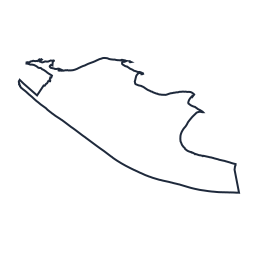 Santa Vitória do Palmar, Rio Grande do Sul, Brazil, rotated 80°
{"feature_id": "56859067B53044633061620", "entity_name": "Santa Vitória do Palmar", "entity_type": "district", "adm_level": 2, "iso_a3": "BRA", "parent_name": "Brazil", "parent_adm1": "Rio Grande do Sul", "projection": "robinson", "projection_center": [-53.104, -33.192], "detail": "fine", "context": "isolated", "style": "outline", "palette": "slate", "viewbox_px": 256, "rotation_deg": 80, "n_neighbors": 0, "source": "geoboundaries", "source_scale": "gbopen_adm2", "svg_char_len": 5701}
<svg xmlns="http://www.w3.org/2000/svg" viewBox="0 0 256 256"><g transform="rotate(80 128 128)"><path d="M61.8,226.3L62.4,226.7L62.9,227.3L63.5,227.5L64.8,227.5L65.4,227.3L65.9,227.7L66.4,227.7L67.3,226.9L68.3,227.1L69.0,226.6L69.6,226.4L70.2,226.0L70.6,225.5L71.2,225.1L73.6,222.9L75.3,221.5L76.2,220.9L76.7,220.4L77.4,220.0L78.4,219.1L80.8,217.1L84.0,214.7L84.8,214.0L85.4,213.6L85.8,213.2L87.1,212.0L89.5,210.0L94.1,205.5L94.5,205.2L96.1,204.1L97.0,203.3L98.6,201.9L99.1,201.4L100.7,200.0L101.0,199.6L101.5,199.2L102.5,198.2L103.4,197.4L104.5,196.2L107.1,193.4L107.6,192.9L108.2,192.3L108.5,191.9L110.9,189.6L117.6,183.4L118.0,182.9L120.9,180.1L127.5,174.0L128.4,173.1L130.2,171.3L130.9,170.8L131.3,170.3L132.7,169.0L134.5,167.3L139.9,162.2L143.1,159.1L146.5,155.7L153.1,149.6L153.6,149.0L154.6,148.2L156.3,146.5L158.4,144.3L161.6,140.7L164.8,136.8L167.9,132.7L170.6,129.0L171.0,128.3L171.7,127.4L172.0,126.9L174.1,124.0L174.9,122.7L177.4,119.1L178.7,116.9L179.4,115.8L180.0,114.6L181.3,112.4L184.4,106.2L184.9,104.9L185.9,102.7L188.3,96.8L189.0,95.3L189.4,94.3L190.1,92.9L191.5,89.6L192.1,88.3L192.6,87.0L193.1,86.1L194.3,83.7L197.1,78.1L198.2,75.8L199.5,72.8L201.3,68.3L202.1,66.0L202.6,64.4L204.2,59.6L205.3,55.9L205.5,55.0L206.2,52.5L206.9,49.9L207.6,46.5L208.8,40.5L209.1,39.2L209.3,37.9L209.5,37.0L209.6,36.3L210.0,34.6L210.5,32.5L210.6,31.8L211.0,29.9L187.5,30.3L186.6,30.0L184.1,29.2L183.7,28.7L182.2,28.3L181.4,30.2L180.5,32.1L179.6,33.7L177.9,37.2L177.6,37.9L177.3,38.3L176.4,40.6L175.8,42.0L175.5,42.8L175.2,43.4L175.0,43.9L174.5,44.7L172.8,48.5L172.4,49.1L172.0,50.1L171.6,50.8L170.9,52.8L170.5,53.6L169.7,55.6L168.5,58.5L168.7,59.1L168.3,59.4L168.1,60.1L167.4,61.6L167.3,62.3L166.9,63.1L166.3,64.2L165.9,64.8L165.7,65.5L165.3,65.9L165.4,66.6L164.8,67.0L164.5,67.4L164.0,67.9L163.8,68.4L163.4,68.7L163.4,69.3L163.1,69.8L162.7,69.9L162.4,70.7L162.0,71.5L161.7,72.0L161.3,72.6L160.7,73.5L160.2,73.9L159.3,74.8L158.9,75.0L158.4,75.5L157.4,75.7L156.7,76.3L156.2,76.7L155.6,76.9L155.0,77.3L153.8,77.8L151.8,78.2L151.4,78.3L150.1,78.6L148.7,78.4L148.0,78.4L144.9,77.7L143.6,77.2L142.5,76.6L140.9,75.6L138.8,73.8L137.7,72.6L136.6,71.2L135.9,70.5L134.7,69.4L132.7,67.9L130.6,65.6L128.4,63.0L127.2,61.3L125.6,58.9L125.2,58.4L124.8,57.7L124.6,57.0L124.5,55.8L124.4,55.0L124.5,54.4L124.7,53.6L125.4,51.9L125.5,51.3L124.9,51.7L122.9,53.9L122.5,54.6L122.1,55.0L121.4,56.0L121.1,56.3L120.3,56.9L119.9,57.4L119.3,58.0L118.9,58.3L118.7,58.8L118.0,60.1L117.0,61.6L116.6,62.1L115.9,62.8L115.4,63.3L114.9,63.7L114.4,64.2L113.7,64.3L113.3,64.2L112.2,63.7L111.2,63.1L109.9,62.0L108.6,60.5L108.7,59.9L108.0,59.4L108.5,59.2L107.4,58.0L106.9,57.4L106.5,57.0L105.6,57.6L104.7,58.5L104.2,59.0L103.9,59.4L103.4,60.3L103.1,61.3L102.7,63.6L102.3,64.6L102.0,66.5L101.7,67.4L101.6,68.7L101.6,69.2L101.5,69.7L101.3,71.2L101.5,72.3L101.5,73.0L101.3,73.7L101.3,74.5L101.3,75.2L101.3,76.2L101.2,76.7L101.3,77.9L101.3,78.4L101.3,79.2L101.2,79.8L101.4,81.5L101.8,83.8L101.9,85.1L101.8,85.7L101.6,86.5L101.5,87.2L101.0,89.4L100.7,90.0L100.6,90.7L100.4,91.3L99.8,92.6L99.3,93.1L99.2,93.7L98.8,94.5L98.4,95.1L97.1,97.3L96.7,97.6L96.4,98.0L96.1,98.8L95.8,99.3L95.3,99.8L94.0,101.8L93.3,102.6L92.5,103.4L92.1,103.9L90.9,105.0L90.3,105.8L89.9,106.2L89.6,106.6L89.4,107.1L88.9,107.6L87.8,110.3L86.2,112.8L85.6,113.2L84.1,113.2L83.5,113.3L81.9,112.5L80.2,111.8L78.1,110.8L77.4,110.2L76.1,108.6L75.8,107.9L75.9,106.8L76.1,105.9L76.5,105.3L77.4,105.4L77.5,104.6L77.3,103.7L76.7,103.8L76.5,104.3L76.1,104.7L75.2,106.1L74.8,107.0L74.7,108.2L74.0,109.6L73.4,110.5L72.5,112.4L71.5,113.3L69.9,115.7L69.3,116.3L68.3,117.2L67.8,117.9L67.2,118.4L67.1,119.0L66.1,120.6L65.5,121.1L64.8,122.0L64.0,122.6L63.5,122.6L62.7,122.5L62.1,122.0L62.0,120.9L62.2,119.9L61.9,118.7L61.7,117.8L61.4,118.7L61.0,119.0L60.2,121.1L59.8,122.1L59.8,122.7L60.3,122.9L60.1,123.7L59.8,124.6L59.4,126.5L59.2,126.9L59.1,127.4L58.8,128.2L58.4,129.0L58.1,130.6L57.3,133.3L56.8,134.5L56.4,135.2L55.9,135.9L55.6,136.6L55.2,138.0L54.9,139.2L54.8,140.0L54.8,140.9L55.1,142.5L55.2,143.9L55.6,145.6L55.8,146.1L55.9,146.8L56.6,149.2L56.7,149.8L56.9,150.5L57.3,152.9L57.6,154.5L57.9,156.1L58.5,158.3L58.9,159.6L59.2,161.7L59.4,162.5L59.8,164.2L60.0,164.7L60.3,166.0L60.9,167.9L61.3,170.0L61.5,172.0L61.4,173.6L61.3,174.6L61.1,175.3L61.1,175.9L61.0,176.5L60.8,177.1L60.5,177.6L60.5,178.6L60.3,179.2L60.3,180.9L60.3,182.0L60.0,182.6L60.1,183.2L59.6,184.9L59.6,185.8L59.3,186.3L58.6,185.9L58.4,185.2L58.4,184.5L57.6,185.7L57.4,186.7L57.5,187.7L57.4,188.7L57.2,189.4L57.0,190.0L56.6,190.5L56.3,191.1L56.1,191.8L55.7,192.5L55.5,193.3L55.2,193.7L54.3,194.3L53.7,194.4L53.2,194.1L52.5,192.9L52.9,192.5L52.7,191.9L53.1,191.5L50.4,190.8L49.5,190.3L49.2,189.9L49.1,189.2L49.2,188.7L48.6,189.5L48.5,190.1L48.7,190.8L48.1,192.4L48.3,193.2L48.7,195.0L48.6,196.1L48.2,197.5L48.0,198.1L48.3,199.2L48.5,200.5L48.5,201.1L48.1,201.9L47.7,202.4L47.1,203.6L46.3,203.9L45.8,203.3L46.0,201.8L45.7,201.0L45.2,201.4L45.5,202.2L45.4,202.8L45.0,203.2L45.2,203.8L45.5,204.2L46.0,204.6L46.1,205.1L46.4,205.5L46.0,206.8L46.1,207.3L46.0,207.9L45.8,208.4L45.6,209.2L45.3,209.7L45.4,210.2L45.6,210.9L45.5,211.4L45.6,212.6L46.1,213.2L46.2,213.8L46.5,214.1L46.0,214.7L45.8,215.3L45.8,216.5L46.9,216.8L47.1,216.1L47.5,215.1L47.9,214.4L48.5,213.4L48.7,212.8L48.9,211.5L49.6,209.7L50.6,208.3L51.5,207.2L52.9,206.0L53.4,205.2L53.6,203.9L54.1,203.1L55.2,202.4L56.1,201.0L57.3,199.8L57.6,199.4L59.6,197.7L60.6,196.7L62.5,194.5L63.2,193.8L65.0,194.8L64.7,195.7L67.1,196.9L67.5,196.3L68.4,196.6L68.0,198.4L69.9,199.9L70.3,201.0L71.9,202.7L71.5,203.7L80.1,211.9L66.2,223.1L61.8,226.3ZM63.0,114.8L63.6,114.5L63.6,113.4L63.0,114.3L62.5,114.6L62.4,115.7L63.0,114.8Z" fill="none" stroke="#1e293b" stroke-width="2"/></g></svg>